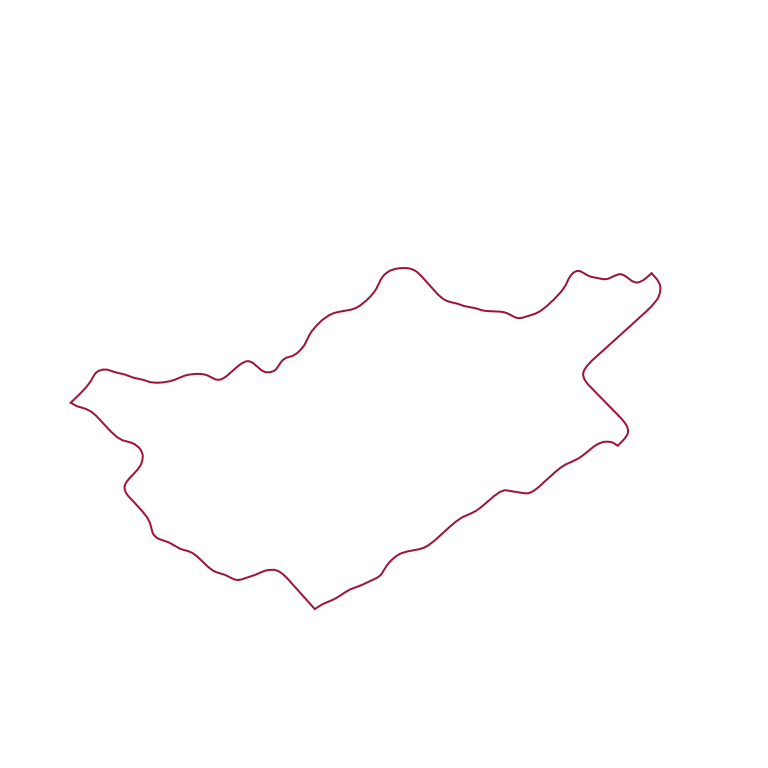 Consuelo, San Pedro de Macorís, Dominican Republic, rotated 47°
{"feature_id": "3306468B14471946980605", "entity_name": "Consuelo", "entity_type": "district", "adm_level": 2, "iso_a3": "DOM", "parent_name": "Dominican Republic", "parent_adm1": "San Pedro de Macorís", "projection": "equal_earth", "projection_center": [-69.258, 18.6], "detail": "fine", "context": "isolated", "style": "outline", "palette": "rose", "viewbox_px": 768, "rotation_deg": 47, "n_neighbors": 0, "source": "geoboundaries", "source_scale": "gbopen_adm2", "svg_char_len": 3141}
<svg xmlns="http://www.w3.org/2000/svg" viewBox="0 0 768 768"><g transform="rotate(47 384 384)"><path d="M485.5,112.7L485.3,119.5L484.8,123.9L483.6,127.8L482.6,129.4L481.2,130.8L477.9,132.4L469.1,134.0L465.9,135.4L464.6,136.5L463.6,138.0L462.2,141.3L459.9,148.3L457.9,151.2L455.2,153.4L446.6,159.6L443.4,161.0L435.6,163.4L434.3,164.3L433.1,165.7L432.3,167.4L431.8,169.4L431.9,173.4L432.9,176.9L435.8,184.1L437.3,191.4L438.1,201.9L438.0,212.6L437.2,220.4L435.9,225.0L434.2,228.8L429.9,237.6L427.7,240.6L424.8,242.6L416.6,245.5L413.3,247.3L410.1,249.9L400.8,259.0L397.6,261.6L390.9,265.5L381.8,272.1L375.1,275.7L369.1,279.7L365.8,281.5L361.8,282.8L355.6,283.5L329.8,283.1L325.5,283.3L321.4,284.2L317.6,286.1L314.3,288.7L309.9,293.7L307.4,297.4L305.5,301.6L304.8,303.9L304.3,308.6L304.5,310.9L305.4,315.1L309.1,324.6L310.2,329.5L310.7,334.7L310.9,340.0L310.3,348.0L309.1,353.0L307.2,357.3L299.9,368.7L297.7,372.8L296.2,377.5L295.1,385.3L295.2,393.3L296.2,401.2L297.5,405.7L301.2,415.5L302.2,422.2L302.1,426.6L301.4,430.5L300.9,432.2L298.1,437.6L297.5,440.9L297.7,444.4L299.6,452.5L299.6,454.3L299.2,456.1L297.6,459.4L295.2,462.0L293.8,463.0L290.2,464.3L278.9,465.5L275.6,467.0L274.1,468.4L273.0,470.2L271.8,474.4L271.3,479.0L270.9,493.5L270.2,497.9L269.5,500.0L268.4,501.8L265.8,504.1L257.9,507.0L254.6,508.8L251.4,511.4L248.4,514.6L244.3,520.0L242.0,524.0L238.0,534.5L235.9,538.8L232.0,544.7L227.6,549.9L223.1,553.8L216.4,557.5L208.7,562.8L200.3,567.1L192.6,572.2L184.8,576.6L182.3,579.1L181.2,580.6L179.7,584.0L179.4,585.9L179.4,587.9L180.2,591.4L182.0,596.8L183.2,603.5L183.8,613.3L184.0,626.0L191.1,623.6L198.9,619.0L204.5,617.0L210.8,616.2L232.3,616.2L240.7,615.5L246.7,613.7L254.3,609.0L257.7,607.5L263.2,606.6L266.9,607.0L270.5,608.4L272.1,609.5L274.7,612.4L276.8,616.0L277.6,618.0L278.6,622.9L279.4,634.9L280.1,639.4L280.8,641.5L281.9,643.4L283.3,644.9L286.7,646.7L290.5,647.4L311.6,647.5L320.0,648.2L326.0,649.9L335.2,654.8L336.9,655.2L340.5,655.3L343.8,654.3L353.1,649.4L365.7,645.4L373.5,640.8L377.0,639.3L383.1,638.2L397.5,637.4L403.6,636.4L407.2,635.0L414.9,630.6L424.8,626.8L427.6,624.7L429.7,621.6L435.5,608.9L439.2,598.8L441.2,595.3L445.1,590.9L448.6,588.9L452.7,587.8L459.2,587.3L501.4,588.1L503.1,578.9L506.8,569.0L508.0,564.7L510.1,553.1L511.2,548.6L516.0,536.9L521.0,521.1L521.4,517.4L521.3,515.5L518.8,506.4L518.1,502.0L517.9,497.4L518.2,492.7L519.1,488.1L520.0,485.9L522.0,481.8L529.2,470.3L531.1,466.0L532.3,461.2L533.0,453.5L533.3,432.5L533.7,424.7L534.9,417.4L538.4,407.3L539.6,402.8L540.4,395.2L541.0,379.9L542.0,372.8L543.7,368.8L544.8,367.4L559.7,355.8L562.2,353.2L563.1,351.3L564.3,347.0L564.8,342.3L565.1,319.0L565.7,311.3L566.6,306.4L570.0,296.3L571.2,291.8L571.9,286.7L572.8,273.7L573.7,268.7L575.3,264.4L576.3,262.6L578.8,259.6L581.7,257.3L583.4,256.5L588.6,255.1L588.1,245.2L587.0,240.6L585.8,238.6L584.3,237.0L580.6,235.1L576.5,234.3L569.9,234.0L523.5,235.1L517.3,234.3L513.6,232.5L511.9,230.9L510.7,228.8L509.3,224.1L508.7,216.3L509.8,143.5L509.6,135.0L508.5,126.8L507.7,124.2L505.3,119.7L502.1,116.2L500.2,114.9L498.2,114.0L494.0,113.0L485.5,112.7Z" fill="none" stroke="#9f1239" stroke-width="2"/></g></svg>